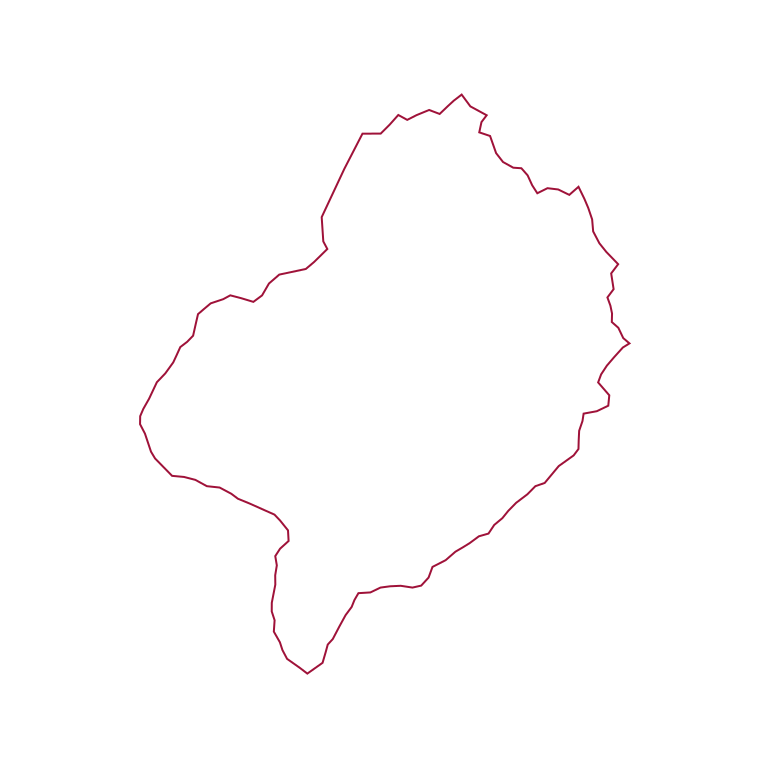 outline of Piraquara, Paraná, Brazil, rotated 281°
{"feature_id": "56859067B90549461682461", "entity_name": "Piraquara", "entity_type": "district", "adm_level": 2, "iso_a3": "BRA", "parent_name": "Brazil", "parent_adm1": "Paraná", "projection": "mercator", "projection_center": [-49.059, -25.469], "detail": "fine", "context": "isolated", "style": "outline", "palette": "rose", "viewbox_px": 768, "rotation_deg": 281, "n_neighbors": 0, "source": "geoboundaries", "source_scale": "gbopen_adm2", "svg_char_len": 1938}
<svg xmlns="http://www.w3.org/2000/svg" viewBox="0 0 768 768"><g transform="rotate(281 384 384)"><path d="M625.6,315.1L587.6,304.0L535.9,291.0L512.4,297.2L505.7,302.6L490.3,292.0L482.0,285.3L471.4,260.3L460.7,251.9L447.7,247.4L439.7,240.1L441.0,227.3L441.7,216.2L436.6,210.0L430.1,198.5L423.3,193.0L417.1,188.1L408.7,187.8L395.0,187.4L387.8,182.7L381.4,177.0L372.6,174.9L365.0,173.0L352.7,167.3L342.4,160.7L324.7,156.2L313.7,152.5L305.9,150.8L298.0,152.2L289.7,158.8L273.1,168.2L267.2,173.5L253.4,193.5L254.6,205.4L253.9,217.1L249.9,229.6L251.0,242.4L247.1,255.1L243.5,262.5L241.0,275.0L237.4,290.5L234.9,301.4L230.2,308.0L222.0,317.7L211.7,320.3L202.5,313.4L194.3,310.1L185.5,313.4L175.5,313.7L166.3,315.6L156.2,315.6L147.8,315.6L139.3,317.2L131.2,321.7L119.9,323.1L110.6,331.1L103.4,335.1L95.7,341.3L89.3,355.5L85.1,364.0L98.6,376.9L109.5,377.9L117.5,378.5L123.9,382.4L137.3,386.4L149.8,390.4L159.0,394.8L166.3,396.2L173.8,398.8L176.8,410.4L183.5,419.4L186.6,428.6L189.1,438.9L189.6,450.8L193.2,459.0L202.5,464.7L213.7,466.5L222.8,478.1L233.0,486.1L239.0,492.9L244.3,498.6L252.6,506.2L257.1,515.1L266.7,519.1L274.9,525.8L283.2,530.2L292.6,536.4L303.1,545.8L312.6,552.1L317.5,560.6L336.8,571.2L350.1,583.8L357.3,587.3L365.7,585.9L375.3,584.5L385.5,585.9L393.0,585.6L397.9,598.1L405.5,608.3L415.9,607.3L426.4,593.9L434.9,595.3L444.6,599.3L454.1,604.7L465.4,611.5L470.7,617.2L474.7,610.1L483.9,603.3L488.3,595.8L496.7,594.4L504.1,591.3L511.6,586.8L520.9,591.3L535.9,585.9L546.3,591.0L556.0,577.1L563.2,568.6L573.7,560.2L585.3,556.9L595.8,550.9L604.1,545.3L614.7,537.3L605.0,529.8L608.2,517.9L607.4,507.1L600.5,498.1L607.4,491.5L616.2,485.2L622.0,477.7L621.0,469.6L624.6,458.5L632.0,450.0L647.7,440.8L649.2,429.5L659.7,429.7L667.4,433.5L673.0,415.8L682.9,405.0L675.4,398.4L669.3,393.9L659.7,387.1L661.6,376.0L654.1,364.6L647.7,356.4L650.8,346.7L639.7,340.1L629.2,333.0L625.6,315.1Z" fill="none" stroke="#9f1239" stroke-width="2"/></g></svg>